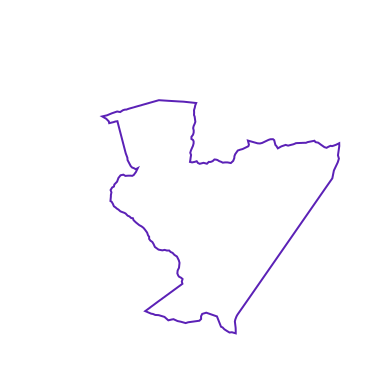 Inajá, Pernambuco, Brazil, rotated 215°
{"feature_id": "56859067B51335287871897", "entity_name": "Inajá", "entity_type": "district", "adm_level": 2, "iso_a3": "BRA", "parent_name": "Brazil", "parent_adm1": "Pernambuco", "projection": "natural_earth1", "projection_center": [-37.801, -8.807], "detail": "fine", "context": "isolated", "style": "outline", "palette": "violet", "viewbox_px": 384, "rotation_deg": 215, "n_neighbors": 0, "source": "geoboundaries", "source_scale": "gbopen_adm2", "svg_char_len": 2902}
<svg xmlns="http://www.w3.org/2000/svg" viewBox="0 0 384 384"><g transform="rotate(215 192 192)"><path d="M75.1,101.3L77.1,104.1L78.3,105.7L82.6,110.5L83.4,112.4L84.2,115.6L84.4,117.6L84.4,134.8L84.6,196.4L84.8,246.8L84.9,273.3L84.9,283.7L88.1,291.0L89.6,299.8L90.8,303.6L93.5,305.8L97.7,314.1L99.4,316.4L101.1,313.3L102.5,311.3L103.6,309.9L105.0,309.3L106.2,307.3L107.1,305.4L109.2,304.7L113.8,304.7L116.9,304.8L119.4,303.7L121.1,304.2L125.9,299.2L126.9,297.6L128.5,296.5L134.8,291.7L136.2,289.4L139.9,285.1L142.3,284.3L145.0,280.6L146.7,277.0L149.3,278.1L150.7,278.4L154.4,281.6L156.0,281.7L158.1,280.1L159.2,278.6L162.7,272.4L164.2,270.7L166.2,269.5L175.7,266.2L172.5,263.4L172.1,261.8L173.8,258.7L175.2,256.2L176.8,254.3L178.3,252.2L178.3,250.4L178.3,247.7L177.8,245.7L176.8,244.0L176.1,241.1L176.8,238.0L179.7,236.7L181.8,235.3L183.6,233.7L185.6,233.4L187.4,232.9L189.5,232.8L190.9,232.3L192.3,231.5L192.8,229.1L194.0,227.3L195.5,226.3L196.0,223.7L198.0,223.0L199.3,222.5L200.5,221.1L201.9,219.5L203.8,219.2L205.8,219.9L207.1,218.2L208.9,216.3L210.9,215.5L211.7,217.2L212.7,219.1L214.0,221.8L215.9,223.1L216.7,225.4L217.2,227.8L217.7,230.4L218.6,232.8L219.8,234.5L221.1,235.2L222.9,235.1L224.1,236.9L224.0,239.5L224.7,241.6L225.9,243.4L227.7,245.0L228.5,247.0L228.9,249.2L229.5,251.4L230.8,252.8L231.9,254.0L233.1,255.3L234.5,256.2L235.7,258.1L237.3,260.2L238.1,262.7L239.0,264.7L239.6,267.3L250.8,261.1L255.1,258.4L259.2,255.9L263.4,253.3L271.8,248.2L291.6,223.9L293.0,221.9L294.3,220.9L295.5,219.3L296.7,216.3L299.5,215.0L302.8,210.5L305.6,206.1L308.9,202.4L304.2,202.8L300.6,202.1L299.3,200.9L296.3,204.3L295.3,205.7L293.7,207.2L290.1,204.1L268.5,185.7L264.6,183.0L263.1,181.2L257.1,178.1L255.1,177.7L253.2,178.2L251.1,178.4L250.1,180.4L249.4,176.2L249.5,172.5L250.2,171.0L252.1,169.9L253.5,168.9L255.8,167.0L258.2,166.8L260.1,164.7L260.3,161.3L259.3,157.5L259.9,153.6L259.1,151.7L260.0,149.9L259.8,146.9L257.8,145.5L256.7,143.0L255.7,141.5L253.6,137.8L252.2,137.9L250.0,136.9L247.8,135.5L245.7,135.5L244.1,135.3L242.2,135.4L239.5,135.1L237.8,135.5L235.6,136.1L234.1,136.3L231.1,135.7L229.2,136.1L226.8,135.8L225.4,136.6L223.7,135.4L220.5,134.9L216.1,134.6L213.7,134.9L211.2,134.8L209.0,134.2L205.5,133.0L203.0,131.2L201.5,130.8L200.2,129.0L198.1,128.3L195.8,128.3L193.6,127.3L190.9,125.7L186.4,125.6L182.8,127.2L181.2,128.9L179.1,129.6L177.1,131.0L175.2,130.6L173.0,131.0L170.4,130.4L167.3,130.5L163.5,128.4L161.6,126.8L159.2,122.5L158.7,119.4L157.3,116.9L155.6,115.8L154.2,115.2L151.6,115.5L149.8,115.3L149.0,112.8L147.2,111.3L157.1,82.3L162.0,67.6L155.7,68.9L154.0,69.7L151.6,70.2L148.7,72.0L142.9,73.9L137.8,73.3L135.5,75.9L134.2,77.2L129.8,78.0L126.8,79.3L122.0,81.0L120.4,83.1L112.1,90.8L111.7,93.2L113.3,95.4L113.7,98.0L111.1,101.3L108.3,102.1L100.2,104.4L91.0,98.3L89.2,98.6L86.8,98.1L83.8,98.2L80.7,98.4L78.9,100.0L75.1,101.3Z" fill="none" stroke="#5b21b6" stroke-width="2"/></g></svg>